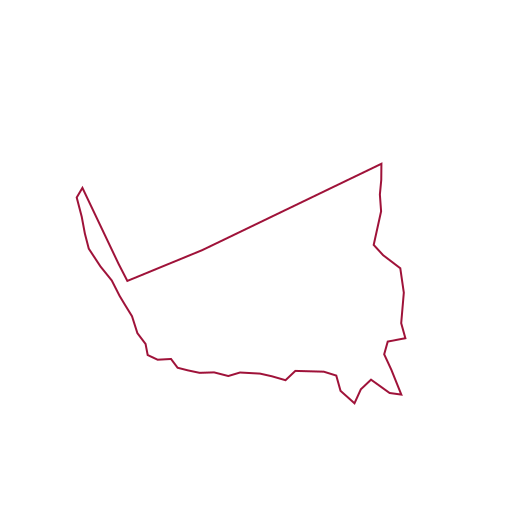 Camutanga, Pernambuco, Brazil (Mercator projection), rotated 203°
{"feature_id": "56859067B82745904918761", "entity_name": "Camutanga", "entity_type": "district", "adm_level": 2, "iso_a3": "BRA", "parent_name": "Brazil", "parent_adm1": "Pernambuco", "projection": "mercator", "projection_center": [-35.297, -7.442], "detail": "fine", "context": "isolated", "style": "outline", "palette": "rose", "viewbox_px": 512, "rotation_deg": 203, "n_neighbors": 0, "source": "geoboundaries", "source_scale": "gbopen_adm2", "svg_char_len": 759}
<svg xmlns="http://www.w3.org/2000/svg" viewBox="0 0 512 512"><g transform="rotate(203 256 256)"><path d="M68.1,185.2L86.9,204.1L99.6,215.6L101.3,228.7L86.4,238.7L96.1,250.9L105.6,280.0L118.4,301.1L139.3,306.4L152.0,312.2L158.3,346.0L166.0,361.0L170.4,374.9L176.6,389.9L307.8,240.4L364.7,182.8L379.6,195.2L442.4,250.9L443.9,239.8L431.8,224.1L422.3,209.8L412.8,197.4L395.1,185.6L379.2,177.1L366.0,166.0L357.6,159.9L346.6,152.1L335.0,138.6L323.3,131.9L317.0,122.5L306.0,122.1L294.0,128.0L284.5,122.5L274.1,124.1L262.3,126.4L249.1,132.5L234.6,134.7L225.2,142.5L206.4,149.3L194.3,151.5L180.3,153.2L174.9,165.6L148.4,176.0L135.4,177.3L125.5,164.9L107.8,158.9L107.4,174.3L101.8,187.1L79.5,182.1L68.1,185.2Z" fill="none" stroke="#9f1239" stroke-width="2"/></g></svg>